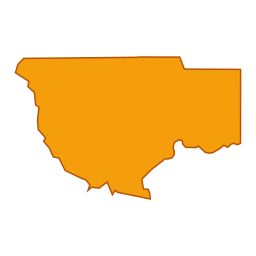 outline of Wakulla, Florida, United States of America
{"feature_id": "52423323B44157144266829", "entity_name": "Wakulla", "entity_type": "district", "adm_level": 2, "iso_a3": "USA", "parent_name": "United States of America", "parent_adm1": "Florida", "projection": "natural_earth1", "projection_center": [-84.385, 30.132], "detail": "fine", "context": "isolated", "style": "filled", "palette": "amber", "viewbox_px": 256, "rotation_deg": 0, "n_neighbors": 0, "source": "geoboundaries", "source_scale": "gbopen_adm2", "svg_char_len": 900}
<svg xmlns="http://www.w3.org/2000/svg" viewBox="0 0 256 256"><path d="M23.7,58.4L18.1,64.1L15.4,72.7L28.8,81.3L27.9,86.6L34.4,92.5L35.6,104.8L39.0,107.3L37.5,120.4L38.3,129.6L45.7,138.0L43.6,141.3L49.3,148.0L53.3,156.9L58.9,158.0L65.2,170.5L81.1,178.2L85.6,179.7L89.8,184.8L88.1,190.3L91.4,187.3L99.1,188.1L107.2,182.0L112.4,194.7L115.2,190.3L117.5,192.3L150.3,199.0L149.7,193.1L148.1,189.3L143.9,189.1L143.2,187.8L141.8,179.2L151.7,169.3L165.0,158.9L167.8,159.0L172.1,157.8L174.3,154.5L174.4,151.5L173.2,148.3L173.7,144.5L174.7,142.3L179.1,139.7L182.2,140.8L182.8,144.2L185.7,147.3L195.6,147.6L197.2,147.2L197.8,146.3L198.8,146.3L205.4,152.4L209.3,153.1L212.9,152.6L220.2,148.3L223.9,145.2L227.7,147.3L231.4,143.9L234.2,143.4L236.8,144.6L238.1,144.5L240.5,143.2L240.6,69.4L184.3,69.1L179.8,57.1L169.1,57.1L138.8,57.0L137.6,57.3L23.7,58.4Z" fill="#f59e0b" stroke="#b45309" stroke-width="1.5"/></svg>